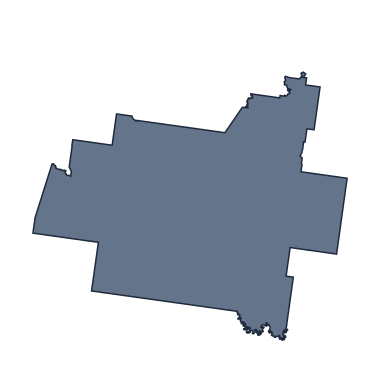 outline of Greater Shepparton, Victoria, Australia, rotated 188°
{"feature_id": "25037944B15813892804113", "entity_name": "Greater Shepparton", "entity_type": "district", "adm_level": 2, "iso_a3": "AUS", "parent_name": "Australia", "parent_adm1": "Victoria", "projection": "natural_earth1", "projection_center": [145.313, -36.427], "detail": "fine", "context": "isolated", "style": "filled", "palette": "slate", "viewbox_px": 384, "rotation_deg": 188, "n_neighbors": 0, "source": "geoboundaries", "source_scale": "gbopen_adm2", "svg_char_len": 5646}
<svg xmlns="http://www.w3.org/2000/svg" viewBox="0 0 384 384"><g transform="rotate(188 192 192)"><path d="M343.8,129.1L277.7,129.1L277.7,80.0L130.6,80.1L130.7,79.2L130.5,78.8L130.2,78.7L129.4,78.6L129.3,78.4L129.8,76.8L129.5,76.7L128.7,77.3L128.4,77.3L127.3,76.7L127.2,76.4L127.5,76.0L127.9,75.6L127.8,75.2L127.4,74.9L127.3,74.4L127.8,73.8L128.6,73.6L128.9,73.2L128.8,72.7L128.4,72.5L127.5,72.7L127.0,73.2L126.5,74.2L126.0,74.3L125.9,73.8L126.2,71.9L126.2,71.0L125.8,70.4L125.0,70.1L124.9,69.8L124.9,68.7L124.4,68.4L123.9,68.8L123.8,69.5L124.3,70.4L123.9,70.7L123.3,70.5L122.8,70.0L122.6,68.1L122.8,67.0L122.8,66.7L122.6,66.5L122.0,66.4L121.2,67.5L121.3,68.4L121.6,69.0L121.5,69.4L120.8,69.0L120.5,68.5L120.4,67.3L120.6,65.5L120.2,65.3L119.7,65.4L119.5,64.6L120.1,64.0L121.2,64.0L121.7,63.8L121.8,63.3L121.7,63.0L120.6,62.8L120.0,63.1L118.9,64.8L118.7,66.0L118.4,66.1L117.8,65.7L117.7,65.1L117.9,64.6L118.8,63.8L118.9,63.4L118.8,63.0L118.2,63.1L117.4,64.5L116.8,65.3L116.4,65.9L116.1,66.1L115.9,65.9L115.5,64.8L116.1,63.6L116.1,63.3L116.0,63.0L115.3,62.8L115.2,62.6L115.2,62.1L115.4,61.7L116.6,61.5L117.1,61.1L118.3,61.5L118.6,61.4L118.7,60.8L118.2,60.2L116.7,60.1L115.0,61.0L114.2,63.1L114.0,63.3L113.2,63.5L112.9,63.4L111.8,61.5L112.0,61.1L112.5,60.8L112.6,60.5L112.1,60.1L111.5,60.1L110.0,62.0L109.4,63.2L109.5,63.4L109.8,63.7L110.6,63.9L110.7,64.1L110.5,64.4L110.1,64.6L109.0,64.5L108.6,64.3L108.3,63.8L108.0,62.5L108.3,62.0L108.1,61.4L106.8,61.1L106.3,61.2L105.0,62.0L104.8,61.7L105.1,61.2L107.0,60.1L107.1,59.8L107.0,59.6L106.5,59.3L104.5,60.2L104.0,60.8L103.8,62.4L104.3,62.7L105.0,62.4L105.6,62.4L106.0,62.6L106.2,63.2L106.0,63.6L105.6,63.8L104.4,63.6L103.5,63.6L102.6,63.2L102.4,63.3L102.2,64.0L103.0,65.6L103.1,66.3L103.0,66.7L102.6,67.1L102.2,67.2L101.9,67.9L102.0,68.2L102.9,68.4L103.5,68.2L104.5,67.5L104.9,67.6L105.1,67.9L104.1,70.1L102.9,70.6L102.4,70.6L101.6,69.9L100.5,69.9L99.5,69.6L99.2,69.7L99.1,70.3L99.5,70.8L100.3,71.4L100.5,71.7L100.4,72.7L99.8,73.0L99.2,72.4L99.3,71.8L99.1,71.4L98.4,70.8L98.1,70.8L97.7,71.4L97.4,71.4L97.3,71.2L97.2,70.6L95.8,69.0L95.7,68.4L96.0,66.3L95.7,65.6L96.6,65.4L96.9,65.0L96.9,64.8L96.4,64.4L96.0,64.5L95.2,65.2L94.9,65.3L94.6,64.7L94.8,64.3L95.1,64.1L95.9,64.0L96.1,63.8L96.0,63.4L95.8,63.2L95.4,63.3L94.0,64.5L93.7,64.6L93.2,64.4L93.2,64.0L93.5,63.2L93.4,62.9L92.6,62.6L92.8,62.2L93.3,61.7L93.2,61.1L92.2,60.7L90.3,60.8L90.5,60.1L90.3,59.8L89.8,59.6L89.0,59.8L88.2,60.7L87.8,60.7L87.4,61.1L87.0,61.2L85.9,61.1L85.8,62.0L85.4,62.1L85.0,61.4L85.0,61.1L85.6,60.3L85.5,59.8L84.9,59.1L84.8,58.7L84.5,58.4L84.0,58.7L83.7,60.0L83.1,60.3L82.6,60.0L82.5,59.7L82.7,58.2L82.1,57.8L81.5,58.2L81.4,58.6L81.6,59.4L81.3,59.6L80.9,59.5L80.7,58.5L80.4,58.4L80.2,58.6L79.9,59.3L79.9,59.8L80.6,60.7L80.8,61.3L80.7,61.6L79.9,61.5L79.6,61.1L79.3,61.1L79.0,61.6L79.4,62.3L79.7,62.6L81.3,62.6L82.5,63.8L82.3,64.1L82.0,64.2L81.4,64.3L81.2,64.7L81.1,65.0L81.3,65.4L82.3,65.9L82.3,66.3L82.1,66.5L81.2,67.0L81.2,67.3L81.7,67.8L81.7,68.1L81.3,68.2L81.1,68.1L80.6,67.6L80.2,67.4L80.0,66.8L80.0,66.2L79.8,65.9L79.4,65.9L79.1,66.1L79.0,66.3L79.1,66.8L79.9,67.8L79.9,68.0L79.7,68.2L78.6,68.1L78.1,68.8L78.2,69.1L78.5,69.3L79.7,69.4L80.0,69.7L80.1,70.1L79.8,70.7L79.7,72.9L79.7,73.4L79.8,73.4L79.8,121.8L87.1,121.8L87.1,150.7L69.2,150.6L68.9,150.4L68.6,150.7L40.2,150.6L40.3,227.2L86.9,227.2L86.9,234.6L87.6,235.2L87.6,241.0L90.0,242.7L88.6,246.4L88.8,247.5L88.4,248.9L88.4,256.0L88.9,256.6L88.9,257.0L87.0,257.2L87.0,270.5L79.8,270.6L79.8,313.9L94.4,313.8L94.4,321.0L98.1,321.0L96.7,322.6L96.6,323.3L95.8,324.6L98.4,326.2L100.1,325.2L100.4,324.9L100.4,324.3L99.5,322.7L99.5,321.9L100.6,320.3L100.8,319.6L101.2,319.2L102.0,318.9L102.8,318.9L104.7,319.0L106.8,318.8L112.1,318.9L115.4,319.6L116.0,319.0L116.0,318.3L115.9,317.7L114.8,315.8L114.9,315.1L116.1,314.1L116.1,313.8L115.1,312.7L115.3,312.1L115.6,311.5L115.5,311.2L115.1,310.9L113.2,311.0L112.9,310.7L112.7,309.6L112.0,308.7L111.7,307.9L108.7,307.3L108.4,307.0L108.5,306.6L108.8,306.3L109.4,306.0L110.6,306.6L111.5,306.4L111.3,305.8L110.9,305.4L109.8,304.9L108.8,303.7L110.7,302.4L111.1,301.0L111.7,300.4L112.2,300.2L113.4,300.7L113.8,300.7L114.0,300.2L113.8,299.7L118.2,299.8L118.2,297.4L147.4,297.4L147.4,296.8L146.7,295.7L145.7,296.3L145.7,295.6L145.4,295.3L145.3,295.1L145.5,294.7L145.4,294.4L145.8,294.0L145.5,293.6L146.2,293.7L146.0,293.2L146.3,293.2L146.5,293.4L148.1,292.7L148.6,292.6L148.6,293.0L149.0,292.9L149.0,292.3L148.7,292.1L148.8,292.0L149.2,292.1L149.2,291.9L149.0,291.7L149.3,291.7L149.9,291.2L149.9,290.9L149.8,290.4L150.0,289.7L149.8,289.3L150.2,289.2L150.0,288.9L149.9,289.0L149.8,288.8L149.7,288.8L149.7,288.3L149.4,288.4L149.4,288.0L149.0,287.8L149.3,286.9L149.1,286.6L149.5,286.5L149.8,286.0L149.8,285.8L149.5,285.5L149.3,285.5L149.3,285.9L149.2,285.8L148.8,285.3L149.1,284.8L149.7,284.8L150.9,283.7L150.0,283.3L149.4,283.7L148.8,283.8L148.3,283.7L148.2,283.4L150.0,283.0L153.9,282.9L167.6,255.3L256.5,255.2L256.5,254.5L257.3,254.4L257.2,254.8L259.7,255.7L261.2,257.1L261.8,258.3L261.9,258.8L277.6,258.8L277.6,227.2L317.3,227.2L317.4,221.0L317.1,220.5L317.1,199.6L314.3,195.5L314.4,190.7L315.9,191.3L317.1,191.2L318.6,191.4L319.3,192.6L319.9,192.7L320.1,193.0L320.4,194.0L320.5,194.5L319.7,195.2L319.7,195.4L319.9,195.5L320.2,195.3L320.8,195.4L320.9,195.7L321.3,195.9L322.3,195.3L323.1,195.6L323.3,195.2L323.7,195.5L324.2,195.6L324.8,195.9L325.1,195.7L325.4,196.0L325.8,196.2L327.1,195.8L328.0,196.1L328.5,196.1L329.4,196.7L329.9,196.4L330.5,196.9L330.6,197.3L330.3,197.8L330.9,199.1L331.8,199.0L331.9,199.4L332.6,199.9L333.0,200.6L333.6,200.6L334.5,200.1L343.8,144.7L343.8,129.1Z" fill="#64748b" stroke="#1e293b" stroke-width="1.5"/></g></svg>